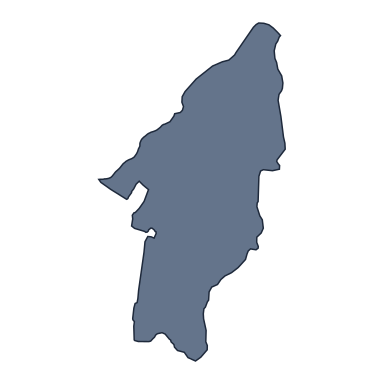 Santa Bárbara, Suchitepéquez, Guatemala (Natural Earth projection)
{"feature_id": "79465075B82403769630407", "entity_name": "Santa Bárbara", "entity_type": "district", "adm_level": 2, "iso_a3": "GTM", "parent_name": "Guatemala", "parent_adm1": "Suchitepéquez", "projection": "natural_earth1", "projection_center": [-91.268, 14.473], "detail": "fine", "context": "isolated", "style": "filled", "palette": "slate", "viewbox_px": 384, "rotation_deg": 0, "n_neighbors": 0, "source": "geoboundaries", "source_scale": "gbopen_adm2", "svg_char_len": 2934}
<svg xmlns="http://www.w3.org/2000/svg" viewBox="0 0 384 384"><path d="M98.8,179.4L100.9,182.4L110.6,189.3L126.6,199.3L127.5,198.9L128.1,198.1L128.5,196.9L131.6,192.6L131.5,191.7L133.7,188.9L136.1,184.2L139.2,181.2L143.3,185.3L148.5,189.6L144.1,201.4L139.2,208.4L135.2,212.6L134.1,212.7L132.3,215.2L132.7,218.9L131.6,226.0L134.6,228.4L144.6,231.4L145.8,232.3L147.2,232.1L148.4,230.9L148.6,229.8L149.9,228.9L150.5,228.2L151.9,228.1L154.1,229.8L155.2,231.5L155.9,231.7L156.2,233.3L154.1,238.1L151.1,236.8L147.8,236.5L145.0,241.7L144.0,252.3L138.6,290.4L137.9,298.4L137.1,302.6L135.1,303.5L133.9,308.0L132.7,318.6L132.9,319.8L134.4,321.6L133.8,326.2L134.2,339.9L134.7,340.5L138.2,341.5L148.9,341.6L150.7,341.1L152.8,338.8L154.5,337.2L155.6,335.1L157.4,333.7L162.1,332.7L165.2,334.1L169.4,339.2L170.6,340.0L171.1,341.9L173.9,344.5L174.5,347.2L177.5,350.5L184.3,352.3L188.0,357.6L195.5,361.0L200.8,357.2L207.2,349.8L207.3,345.5L205.8,341.8L206.1,330.4L203.6,318.9L203.3,313.8L203.9,308.8L205.4,307.1L207.4,301.8L208.6,300.2L209.1,291.9L211.7,287.1L217.5,284.5L220.9,279.5L225.0,275.9L231.5,272.7L238.1,267.6L245.5,259.5L247.0,254.1L248.2,251.0L250.5,248.9L256.0,249.8L258.1,248.2L258.3,246.5L256.7,242.3L256.8,237.2L261.2,233.0L263.3,228.2L262.3,219.8L259.8,215.8L256.9,206.7L257.2,202.9L258.1,201.6L258.9,176.3L260.6,171.0L263.3,169.7L272.5,170.7L279.4,169.2L279.6,165.5L278.1,163.7L276.7,161.4L277.1,159.8L285.2,149.2L284.9,143.2L283.5,137.1L280.9,116.5L278.1,100.3L279.0,94.4L281.5,90.8L282.4,88.4L282.9,83.0L281.7,75.9L277.8,69.1L276.6,62.5L274.9,58.4L274.2,50.8L275.8,44.0L277.7,41.1L279.2,37.1L280.5,35.6L277.7,32.5L273.2,28.0L268.9,24.8L263.9,23.3L258.7,23.0L256.2,24.5L253.4,27.3L236.1,52.4L234.6,55.0L228.8,60.1L222.3,61.8L212.6,66.0L196.2,79.0L185.1,91.5L182.2,96.7L181.9,102.2L183.5,106.6L182.4,110.3L180.3,112.5L174.7,113.7L173.9,116.1L170.0,121.7L169.2,122.1L167.5,122.9L165.8,123.7L164.7,124.2L163.7,124.4L163.1,124.7L162.0,125.4L161.4,126.1L160.4,127.2L159.7,127.8L158.7,128.6L157.9,129.2L157.0,129.9L156.1,130.4L155.2,130.8L154.2,131.2L153.4,131.5L152.1,131.9L151.3,132.1L150.6,132.4L150.0,132.8L148.4,133.5L147.4,134.2L146.7,134.8L145.8,135.6L145.2,136.1L144.4,136.7L143.8,137.1L143.1,137.8L142.0,138.9L141.2,140.1L140.8,141.0L140.4,141.9L140.1,142.7L139.9,143.7L139.9,144.5L139.9,145.4L139.8,146.3L139.1,147.7L138.5,148.8L138.2,149.8L137.7,151.3L137.3,152.3L136.8,153.2L136.4,154.0L135.3,155.5L134.8,156.2L134.3,156.9L133.7,157.4L133.1,157.8L131.8,158.6L131.1,158.9L130.3,159.2L129.2,159.6L127.8,160.3L126.8,160.9L125.9,161.4L125.3,162.0L124.5,162.7L123.8,163.2L123.2,163.7L122.4,164.7L121.6,165.7L120.6,167.0L119.6,168.2L118.9,168.9L118.2,169.5L117.6,170.1L116.8,170.8L116.2,171.3L115.3,172.2L113.2,174.9L112.0,176.4L110.7,177.5L110.0,177.8L109.1,178.2L108.4,178.4L107.0,178.7L105.6,178.9L104.5,178.9L103.4,179.2L102.5,179.3L101.4,179.3L100.1,179.3L98.8,179.4Z" fill="#64748b" stroke="#1e293b" stroke-width="1.5"/></svg>